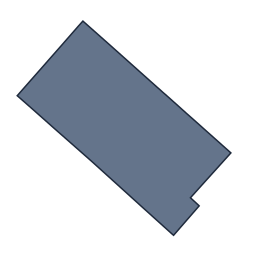 Conhelo, La Pampa, Argentina, rotated 221°
{"feature_id": "61730980B19911830788880", "entity_name": "Conhelo", "entity_type": "district", "adm_level": 2, "iso_a3": "ARG", "parent_name": "Argentina", "parent_adm1": "La Pampa", "projection": "mercator", "projection_center": [-64.66, -36.033], "detail": "fine", "context": "isolated", "style": "filled", "palette": "slate", "viewbox_px": 256, "rotation_deg": 221, "n_neighbors": 0, "source": "geoboundaries", "source_scale": "gbopen_adm2", "svg_char_len": 637}
<svg xmlns="http://www.w3.org/2000/svg" viewBox="0 0 256 256"><g transform="rotate(221 128 128)"><path d="M23.2,115.9L24.4,116.0L34.4,116.3L35.1,116.3L34.7,139.1L34.0,176.7L65.9,177.1L72.7,177.2L91.2,177.4L93.3,177.4L104.4,177.6L112.6,177.7L119.6,177.8L125.4,177.8L129.1,177.9L129.9,177.9L132.3,177.9L133.1,177.9L192.3,178.7L232.2,179.1L232.3,172.7L232.4,142.5L232.6,112.4L232.7,99.6L232.8,79.7L213.0,79.6L202.4,79.5L183.2,79.3L135.1,79.0L134.3,79.0L94.0,78.2L64.0,77.6L63.8,77.6L25.3,76.9L23.2,76.9L23.2,78.3L23.2,88.1L23.2,96.5L23.2,97.8L23.2,100.9L23.2,110.4L23.2,115.9Z" fill="#64748b" stroke="#1e293b" stroke-width="1.5"/></g></svg>